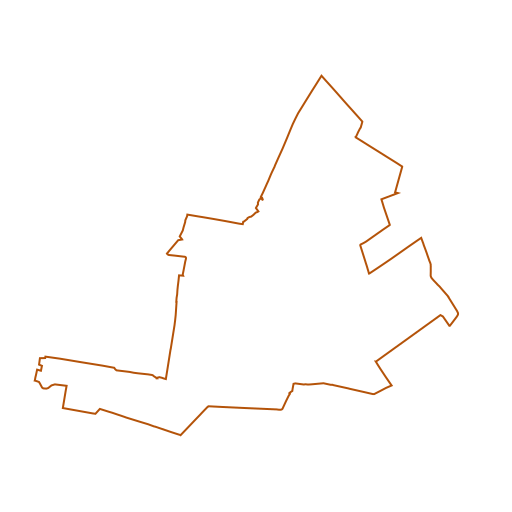 Vulturu, Constanta, Romania, rotated 186°
{"feature_id": "2599482B75754291666061", "entity_name": "Vulturu", "entity_type": "district", "adm_level": 2, "iso_a3": "ROU", "parent_name": "Romania", "parent_adm1": "Constanta", "projection": "albers", "projection_center": [28.28, 44.64], "detail": "fine", "context": "isolated", "style": "outline", "palette": "amber", "viewbox_px": 512, "rotation_deg": 186, "n_neighbors": 0, "source": "geoboundaries", "source_scale": "gbopen_adm2", "svg_char_len": 5231}
<svg xmlns="http://www.w3.org/2000/svg" viewBox="0 0 512 512"><g transform="rotate(186 256 256)"><path d="M60.0,234.9L60.0,235.0L60.4,235.5L61.0,236.2L63.5,238.5L67.7,242.4L69.8,244.4L70.1,244.7L70.2,244.8L72.7,246.7L72.7,246.8L76.7,250.2L76.9,250.4L77.9,251.3L78.3,251.7L78.7,252.1L79.1,252.5L79.3,252.7L79.4,252.9L79.5,253.1L79.7,253.4L79.8,253.6L80.0,254.0L80.1,254.3L80.2,254.5L80.3,255.5L80.6,259.0L81.0,262.6L81.1,263.9L81.3,264.9L81.3,265.5L81.4,265.9L81.5,266.1L81.6,266.4L81.8,266.8L81.9,267.2L82.2,267.7L82.5,268.3L82.8,268.8L83.1,269.4L83.4,270.0L83.7,270.7L84.6,272.6L85.5,274.5L86.0,275.6L86.5,276.7L88.5,280.8L89.9,283.6L90.2,284.1L90.4,284.7L90.7,285.3L90.9,285.8L91.1,286.3L91.4,286.8L93.6,291.3L98.2,287.4L105.3,281.3L114.2,273.5L120.4,268.1L120.5,268.0L121.2,267.4L127.1,262.4L134.0,256.6L141.5,250.4L141.8,250.3L142.6,252.4L143.5,254.5L144.3,256.5L145.2,258.6L146.1,260.6L146.6,261.8L153.3,277.2L153.4,277.4L153.4,277.5L153.4,277.8L153.4,278.0L153.2,278.3L153.0,278.5L152.2,279.0L151.3,279.5L150.5,280.1L149.7,280.6L148.9,281.2L148.1,281.8L147.4,282.4L146.6,283.1L136.8,291.7L134.8,293.4L132.7,295.3L126.3,300.7L126.2,300.8L126.2,301.0L129.3,307.7L133.6,317.0L133.8,317.4L135.5,321.5L137.2,325.5L121.5,333.4L122.1,333.5L122.5,333.5L123.0,333.6L123.5,333.7L123.9,333.8L124.1,333.9L124.2,334.0L124.3,334.0L122.1,347.1L119.9,360.1L120.0,360.3L121.5,361.0L125.2,362.9L130.1,365.3L136.9,368.6L143.6,371.9L154.9,377.4L161.0,380.4L168.8,384.2L169.2,384.5L169.3,384.5L169.4,384.8L169.2,384.9L169.1,385.0L168.9,385.3L168.2,387.4L167.8,388.5L167.6,389.3L166.0,393.4L165.9,393.6L165.8,393.9L165.6,394.1L165.5,394.3L165.4,394.4L165.3,394.7L165.3,394.9L165.2,395.1L164.9,397.0L164.7,397.9L164.6,398.8L164.4,399.8L164.3,400.7L164.3,400.8L170.0,406.0L177.4,412.7L180.3,415.3L186.1,420.6L191.4,425.5L198.3,431.8L204.9,437.7L209.7,442.1L215.2,430.9L217.3,426.7L223.1,414.7L226.5,407.6L228.8,402.9L229.3,401.7L231.2,396.7L233.2,391.1L235.0,385.1L237.5,376.5L239.8,368.9L240.9,365.3L244.0,356.0L246.2,349.2L246.6,348.0L246.9,346.6L247.3,345.6L249.0,340.8L249.9,338.0L251.7,331.9L252.9,328.4L253.4,326.8L255.8,319.5L257.4,315.2L257.2,315.1L256.9,315.1L256.6,314.9L256.3,314.7L256.0,314.5L255.9,314.2L255.8,313.6L255.5,313.4L255.2,313.1L255.2,312.9L255.3,312.7L255.5,312.6L255.8,312.8L256.3,313.5L256.6,313.6L257.1,313.6L257.6,313.5L258.0,313.0L258.6,312.5L259.7,309.3L259.4,307.5L261.0,304.0L261.1,303.7L258.3,300.6L259.3,299.8L260.3,299.4L260.9,299.0L262.9,296.6L265.0,294.6L266.4,294.2L267.2,293.7L268.3,292.9L268.5,292.6L268.6,291.9L271.7,288.9L272.3,288.7L272.5,286.3L276.1,286.4L285.9,287.2L290.9,287.6L291.1,287.6L292.4,287.7L302.4,288.4L313.4,289.1L317.3,289.3L328.6,290.0L328.7,288.2L329.3,286.5L329.3,286.4L330.0,284.2L330.0,282.3L331.0,277.1L331.5,273.7L333.9,267.5L331.5,265.1L331.2,264.7L335.0,263.6L343.1,251.7L344.4,249.7L344.8,249.2L344.7,249.1L344.5,248.7L344.2,248.5L343.9,248.3L343.7,248.2L343.2,248.0L342.8,247.9L342.2,247.9L336.9,247.9L328.6,247.8L326.8,247.8L326.3,247.7L325.9,247.5L325.7,247.3L325.5,247.0L325.4,246.6L325.4,246.3L325.4,245.8L325.8,243.0L326.2,238.1L326.6,233.4L326.9,230.3L326.9,229.7L326.6,229.2L326.4,228.8L327.0,228.8L330.5,228.7L330.5,224.3L330.5,223.0L330.6,218.2L330.6,214.5L330.4,209.6L330.6,206.2L330.5,202.1L330.2,202.1L329.7,188.9L329.7,183.7L329.8,178.5L331.1,154.5L331.2,154.4L332.3,133.3L332.8,124.3L332.8,124.2L333.4,124.3L334.6,124.5L335.1,124.6L335.9,124.8L336.6,125.0L338.7,125.3L339.4,125.4L340.0,125.2L340.4,125.0L340.7,124.9L341.3,124.7L341.3,124.3L341.7,124.5L342.2,124.1L342.3,124.3L342.6,124.5L342.9,124.7L343.3,124.9L343.9,125.2L344.5,125.5L345.1,125.8L346.0,126.5L346.5,126.7L347.1,126.8L350.9,127.0L356.2,127.0L358.5,127.0L360.9,127.0L365.4,127.1L369.6,127.5L375.5,127.6L382.7,127.7L383.7,128.3L384.3,128.8L385.3,130.0L396.9,130.9L407.8,131.5L418.7,132.1L431.9,132.9L440.4,133.4L454.9,133.9L455.0,132.5L457.6,132.1L460.2,131.8L460.4,125.3L457.4,124.4L457.9,119.4L461.8,120.1L462.4,114.5L462.7,112.3L462.8,110.9L462.9,109.6L463.0,109.0L462.8,109.0L462.3,108.9L461.6,108.7L460.5,108.5L458.6,108.0L457.5,106.5L455.0,102.8L453.7,102.1L450.6,102.2L448.8,103.0L445.9,105.9L442.6,107.3L430.8,107.1L431.2,101.6L432.2,84.6L402.1,82.4L399.2,82.3L395.3,87.6L386.0,85.7L382.7,85.1L376.1,83.6L374.6,83.3L369.8,82.2L368.3,81.8L353.6,78.9L345.7,77.4L339.4,75.8L338.7,75.8L321.9,72.0L313.9,70.3L313.1,70.2L312.5,70.0L312.3,69.9L309.2,73.9L305.2,79.1L299.8,86.1L294.5,92.9L294.4,93.1L290.7,97.9L290.6,98.0L288.2,101.1L287.9,101.1L287.4,101.6L274.3,102.3L250.3,103.7L219.2,105.6L217.7,105.5L215.2,105.7L214.1,106.3L213.7,106.8L210.8,115.3L208.9,120.4L207.9,122.4L208.5,122.9L208.5,123.2L208.3,123.4L207.2,124.4L206.1,125.3L205.8,125.5L205.7,127.9L205.3,132.8L203.6,133.4L194.9,133.2L193.6,133.6L190.9,133.6L188.3,134.0L175.6,136.5L168.1,135.7L166.3,135.9L165.8,135.7L159.6,135.0L149.8,133.9L149.6,133.8L133.5,131.9L126.3,131.0L125.2,130.9L124.3,131.0L123.8,131.1L123.3,131.5L118.4,134.7L112.9,138.4L107.6,141.4L114.2,149.1L120.4,156.6L123.5,160.5L125.8,163.5L125.7,163.5L117.8,170.6L66.4,216.5L63.8,215.4L56.4,206.8L55.9,206.9L52.9,211.8L49.9,216.8L49.3,218.1L49.0,219.0L49.1,220.3L50.3,222.3L56.2,229.9L60.1,234.9L60.0,234.9Z" fill="none" stroke="#b45309" stroke-width="2"/></g></svg>